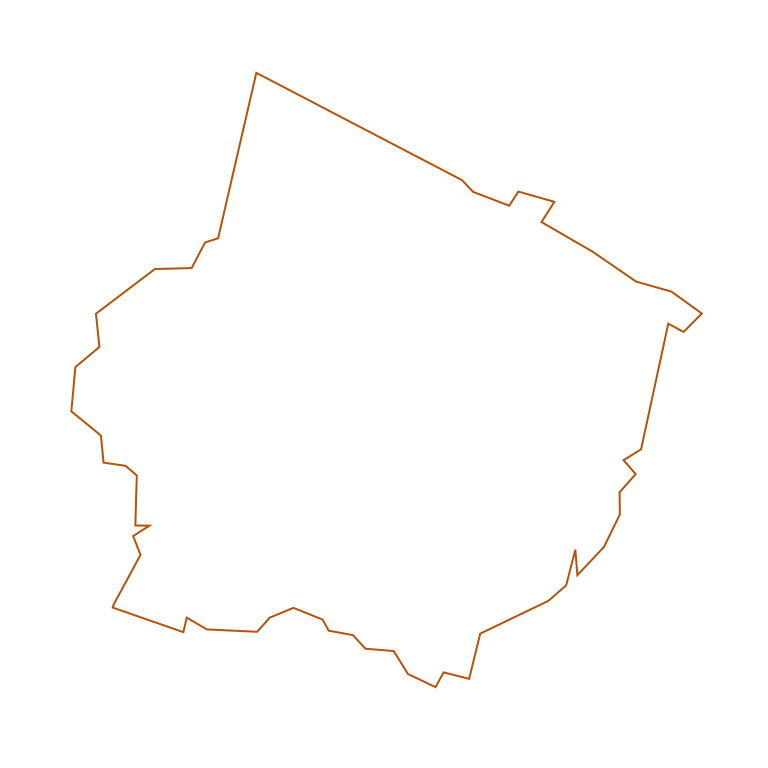 the district of Maury, Tennessee, United States of America, rotated 6°
{"feature_id": "52423323B71507411372136", "entity_name": "Maury", "entity_type": "district", "adm_level": 2, "iso_a3": "USA", "parent_name": "United States of America", "parent_adm1": "Tennessee", "projection": "natural_earth1", "projection_center": [-87.076, 35.629], "detail": "fine", "context": "isolated", "style": "outline", "palette": "amber", "viewbox_px": 768, "rotation_deg": 6, "n_neighbors": 0, "source": "geoboundaries", "source_scale": "gbopen_adm2", "svg_char_len": 854}
<svg xmlns="http://www.w3.org/2000/svg" viewBox="0 0 768 768"><g transform="rotate(6 384 384)"><path d="M224.5,87.9L203.8,256.4L191.3,261.9L180.6,288.8L144.1,293.6L90.2,344.2L97.1,376.9L75.3,399.4L75.9,443.9L107.9,464.9L113.3,491.5L135.5,492.4L147.7,500.8L151.5,550.7L165.5,549.4L150.4,561.4L159.7,579.4L138.3,631.3L137.5,634.7L210.4,651.8L212.2,637.0L233.5,646.6L283.7,643.7L294.8,628.3L317.3,616.1L347.5,624.7L354.8,635.1L379.4,637.0L393.2,649.2L421.6,648.6L438.1,669.9L466.9,680.1L473.4,664.6L499.5,668.3L505.8,622.2L570.1,582.5L586.2,565.2L591.6,528.8L596.3,553.9L619.8,523.0L632.2,489.2L629.6,467.1L643.7,447.3L630.2,434.7L646.5,422.1L660.4,294.3L676.5,300.9L692.7,280.7L660.3,262.1L624.0,255.8L578.0,230.8L523.7,206.5L534.4,185.0L497.5,178.6L489.9,193.6L452.7,183.7L440.2,173.1L224.5,87.9Z" fill="none" stroke="#b45309" stroke-width="2"/></g></svg>